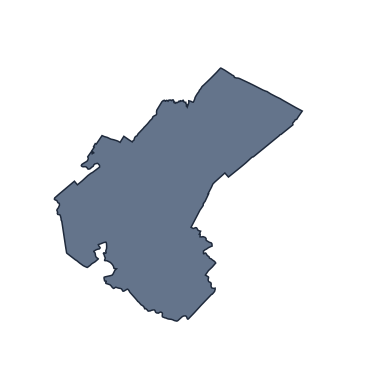 outline of Sarbii - Magura, Olt, Romania, rotated 143°
{"feature_id": "2599482B40554903092578", "entity_name": "Sarbii - Magura", "entity_type": "district", "adm_level": 2, "iso_a3": "ROU", "parent_name": "Romania", "parent_adm1": "Olt", "projection": "equal_earth", "projection_center": [24.696, 44.548], "detail": "fine", "context": "isolated", "style": "filled", "palette": "slate", "viewbox_px": 384, "rotation_deg": 143, "n_neighbors": 0, "source": "geoboundaries", "source_scale": "gbopen_adm2", "svg_char_len": 6052}
<svg xmlns="http://www.w3.org/2000/svg" viewBox="0 0 384 384"><g transform="rotate(143 192 192)"><path d="M305.2,269.9L305.4,269.6L306.1,269.3L306.3,268.9L306.0,267.9L305.1,266.6L305.5,264.2L305.4,263.7L304.9,263.1L304.9,262.6L305.6,261.5L305.9,261.1L308.3,259.8L310.1,259.3L310.9,258.8L311.5,256.6L312.3,256.2L312.7,255.0L312.5,254.6L311.3,253.5L311.4,252.3L312.3,250.1L313.4,248.3L313.6,247.0L325.8,224.5L328.7,219.0L328.8,218.4L325.9,207.8L325.4,206.7L324.5,202.9L323.7,200.3L323.2,198.7L322.7,197.6L321.3,195.1L320.9,194.7L317.4,194.7L315.4,195.0L311.3,194.6L307.3,194.9L307.1,195.0L307.1,195.3L307.7,197.1L307.7,198.2L307.5,199.0L306.6,200.6L306.1,201.7L306.1,202.1L306.3,203.5L306.2,203.7L305.9,203.8L303.2,203.5L302.1,203.2L300.2,202.3L299.3,202.5L299.0,202.7L298.8,203.0L298.9,204.5L298.6,206.2L298.5,206.4L296.1,205.6L293.1,204.8L291.3,204.0L290.9,203.7L290.9,203.3L291.5,202.0L292.9,199.9L294.2,198.3L296.5,196.7L297.0,195.4L297.3,195.1L297.7,195.0L298.1,195.2L298.5,196.0L298.8,196.4L299.2,196.5L299.7,196.3L299.8,195.9L299.9,194.9L300.7,192.9L300.8,191.7L301.2,191.3L302.7,190.3L303.0,189.9L302.9,189.6L301.3,188.3L299.6,184.9L299.3,182.6L299.3,181.1L299.5,179.9L300.3,177.9L298.6,176.1L300.1,176.0L300.9,175.8L304.3,174.1L305.7,173.7L307.3,174.2L312.4,176.5L313.5,176.8L314.1,176.2L315.3,173.7L315.2,173.3L314.3,172.6L314.2,172.3L314.3,172.1L315.4,171.6L315.7,171.2L315.7,170.7L314.3,168.7L313.3,167.2L313.1,166.1L313.1,164.1L312.8,162.3L312.2,162.0L310.4,161.9L310.0,161.6L308.8,159.8L307.2,158.0L306.8,157.4L306.6,156.7L306.9,154.6L306.8,154.3L306.4,154.0L305.9,153.8L302.2,153.4L301.8,153.0L301.6,150.9L301.9,150.2L301.9,148.6L301.4,142.6L301.1,138.0L301.2,137.4L300.8,136.2L300.5,132.4L299.8,131.0L299.7,130.6L299.7,129.4L299.5,128.9L299.7,128.4L299.6,127.8L300.1,127.4L300.1,127.2L299.3,126.7L299.1,126.4L298.8,125.4L298.7,123.3L298.2,122.9L296.7,122.1L295.9,122.0L294.0,121.2L293.1,120.5L292.9,120.1L292.9,119.8L293.4,118.0L293.1,116.8L291.8,115.5L289.7,115.2L289.1,114.8L288.9,114.4L288.6,113.5L288.6,112.9L290.2,111.2L290.6,110.5L290.7,110.0L289.3,107.7L288.4,106.7L288.2,106.1L287.4,104.9L285.2,102.8L284.3,101.6L283.5,100.0L282.0,98.2L281.2,97.8L280.4,97.8L275.0,98.3L273.6,98.1L272.9,97.8L271.7,96.9L271.5,96.4L271.5,95.3L272.0,93.8L272.0,93.2L271.7,92.9L271.4,92.8L262.6,94.2L253.2,96.0L237.9,98.5L237.7,98.3L237.4,98.2L235.8,98.5L233.8,99.0L232.0,100.4L231.4,101.3L232.1,101.6L232.9,102.2L233.8,103.3L233.9,103.8L233.7,104.7L233.2,105.8L232.9,106.0L232.7,106.4L232.1,106.8L231.6,108.0L231.6,108.3L231.8,108.5L231.8,108.9L232.2,109.5L232.5,110.2L232.5,110.7L232.4,111.3L231.8,112.4L230.3,113.6L230.0,114.3L231.3,117.6L226.2,119.3L220.9,119.9L215.8,121.0L215.7,122.3L215.8,123.2L216.6,125.5L216.9,127.0L217.7,128.3L217.8,128.6L217.8,129.0L217.5,129.6L217.4,130.0L217.5,130.6L217.8,131.3L218.0,132.0L217.9,133.3L217.8,134.3L217.8,134.9L218.1,135.3L218.4,135.4L219.7,135.5L219.9,135.8L219.8,136.1L218.3,138.0L217.5,137.9L216.4,138.0L215.0,137.7L212.2,137.6L209.5,137.0L208.5,136.7L207.3,138.5L207.2,139.5L207.3,139.9L208.4,141.4L209.7,144.7L209.6,145.2L208.8,146.3L208.7,146.7L208.9,148.0L210.1,149.8L211.2,150.2L212.6,151.4L210.9,153.3L211.6,153.9L208.7,155.5L210.1,157.4L210.2,157.6L209.9,160.3L210.0,160.8L210.6,161.4L212.8,162.0L213.1,162.3L214.0,164.4L200.5,170.8L196.6,172.7L191.7,174.3L191.2,174.5L190.1,175.8L189.6,176.1L189.1,176.0L188.5,176.4L187.3,176.6L179.9,180.5L180.3,180.9L173.4,184.2L170.6,185.8L168.1,186.2L154.3,187.4L153.9,182.0L136.6,182.6L131.2,182.9L123.5,183.7L122.7,183.6L121.9,183.2L121.0,183.2L88.4,184.5L87.9,184.7L87.5,184.8L86.2,184.4L71.4,184.9L71.0,184.9L70.7,185.3L70.6,185.9L70.1,186.4L67.0,187.1L66.0,187.6L65.0,187.1L64.3,187.1L62.5,187.9L55.2,190.3L58.2,196.7L64.5,211.2L65.4,213.5L67.6,217.7L70.2,223.2L71.7,227.3L72.2,227.8L73.9,230.6L79.2,241.5L85.8,254.1L86.7,255.3L88.0,256.4L88.8,257.6L89.1,257.8L89.1,258.4L88.8,259.0L88.9,260.0L89.7,261.5L90.0,262.7L90.4,263.6L92.6,269.7L94.2,273.3L94.5,273.7L95.3,273.7L100.7,272.7L109.0,271.5L118.0,270.4L120.5,270.2L123.2,269.1L124.9,268.8L126.1,268.0L128.4,267.4L131.7,266.1L133.0,265.4L133.6,264.8L135.2,263.8L136.8,263.0L137.1,263.0L137.6,263.5L137.9,264.4L138.6,265.5L139.7,266.8L140.6,265.5L140.9,265.2L142.0,264.4L144.7,262.7L144.6,263.2L144.8,264.1L144.7,264.2L143.5,265.2L143.5,265.5L143.8,266.4L143.5,266.9L143.0,267.3L143.8,268.1L144.0,268.7L144.3,269.0L144.4,269.4L144.4,269.8L144.0,269.9L143.8,270.1L143.8,270.6L144.1,270.7L145.4,270.7L146.3,271.9L146.6,271.9L146.7,271.4L146.9,271.4L147.7,272.4L148.0,272.3L148.3,271.9L148.9,272.2L150.0,272.2L150.7,272.6L150.7,273.0L150.8,273.2L151.6,272.9L151.9,272.9L152.0,273.4L152.5,273.9L152.5,274.5L151.9,274.8L152.1,275.5L151.6,276.2L151.6,276.9L152.0,277.2L153.3,277.3L153.5,278.1L153.9,278.2L154.1,278.6L154.5,278.8L155.0,279.3L155.5,279.1L156.5,278.9L156.6,279.8L157.1,280.5L157.6,280.6L157.9,280.4L158.5,280.4L158.6,280.5L158.6,281.0L158.8,281.2L158.8,281.8L159.0,282.0L159.7,281.9L160.0,282.3L161.7,282.2L171.0,278.5L171.3,278.1L172.0,277.5L173.3,275.6L173.9,275.2L174.4,275.2L176.6,275.6L177.9,275.6L178.2,275.5L179.2,274.8L180.5,274.4L182.2,274.3L186.6,273.2L190.2,272.6L191.5,272.5L192.2,272.2L192.8,272.1L199.6,271.0L200.6,270.7L201.9,270.0L203.8,270.3L205.0,269.9L205.7,269.5L207.0,268.4L208.9,268.3L209.6,268.0L210.6,270.6L212.9,277.5L219.6,274.9L220.4,276.9L221.1,278.1L223.1,280.9L225.0,283.1L226.8,286.6L228.5,288.8L229.9,291.2L239.5,287.9L240.1,288.9L243.4,287.4L243.1,286.6L247.3,285.2L246.9,282.4L248.7,282.6L248.2,283.7L248.1,284.8L254.1,282.9L254.5,281.5L254.8,281.1L255.7,280.4L256.9,279.9L257.6,279.8L261.3,280.2L263.3,280.3L263.7,280.2L264.6,279.6L264.6,279.3L264.5,278.7L264.1,278.0L263.3,277.3L262.1,276.6L261.5,275.8L261.2,274.5L261.3,273.0L260.8,272.5L260.3,272.2L259.5,271.9L257.0,272.1L255.4,272.0L253.9,272.8L253.1,272.9L252.5,272.8L250.4,271.9L250.2,271.7L250.0,271.2L249.8,269.3L249.9,268.8L250.8,267.5L259.8,267.5L261.4,267.8L265.2,267.8L273.0,267.0L279.2,266.7L279.4,271.4L300.1,270.3L305.2,269.9Z" fill="#64748b" stroke="#1e293b" stroke-width="1.5"/></g></svg>